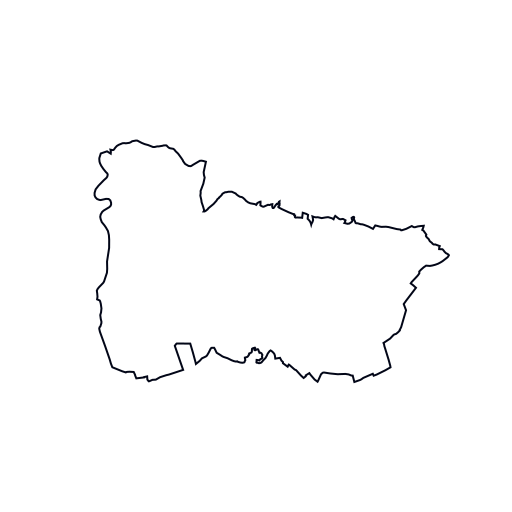 Glodeni, Mures, Romania (orthographic projection), rotated 156°
{"feature_id": "2599482B49122521196915", "entity_name": "Glodeni", "entity_type": "district", "adm_level": 2, "iso_a3": "ROU", "parent_name": "Romania", "parent_adm1": "Mures", "projection": "orthographic", "projection_center": [24.562, 46.667], "detail": "fine", "context": "isolated", "style": "outline", "palette": "ink", "viewbox_px": 512, "rotation_deg": 156, "n_neighbors": 0, "source": "geoboundaries", "source_scale": "gbopen_adm2", "svg_char_len": 6116}
<svg xmlns="http://www.w3.org/2000/svg" viewBox="0 0 512 512"><g transform="rotate(156 256 256)"><path d="M356.1,412.8L359.2,409.3L359.7,408.4L360.6,405.8L360.8,404.0L360.7,401.3L360.0,397.5L359.0,393.7L358.3,392.0L358.3,390.9L358.8,390.0L359.6,389.0L360.9,388.2L364.3,387.1L371.3,384.3L375.4,382.1L377.8,379.3L378.8,377.0L378.8,374.9L378.0,372.7L376.3,371.0L375.2,370.3L369.8,369.2L367.4,368.0L366.5,366.1L366.7,363.7L367.4,362.0L368.4,361.0L370.1,360.3L376.5,359.5L378.5,358.9L381.0,357.1L382.4,355.1L382.9,352.8L383.1,349.7L382.0,345.7L381.5,343.0L381.1,339.0L381.9,334.9L383.5,330.6L386.9,323.1L394.3,311.6L397.2,304.7L399.0,301.3L405.2,294.5L406.5,293.6L412.2,291.3L414.1,290.3L415.5,289.1L416.3,286.3L417.4,283.2L418.8,281.0L416.9,279.0L416.8,278.1L417.2,275.6L418.5,271.0L420.5,267.5L422.3,265.4L423.4,261.7L423.9,258.9L424.6,257.5L426.9,254.9L427.8,254.6L428.5,253.8L428.8,253.3L429.4,250.3L430.5,235.0L431.7,221.1L432.3,216.7L432.5,212.8L425.1,205.1L422.3,202.6L421.9,202.8L420.7,202.5L418.6,201.7L414.9,199.8L414.8,196.6L415.0,196.1L415.1,192.9L407.6,190.6L407.5,190.9L404.4,190.3L405.5,187.3L405.0,185.2L404.4,185.0L401.0,185.0L397.8,183.8L392.9,184.3L386.4,183.6L383.8,183.1L368.9,181.6L366.7,207.0L364.9,208.0L364.0,208.3L351.7,202.7L352.9,193.6L354.4,183.9L354.8,181.8L350.1,183.1L347.0,184.5L342.7,184.6L341.3,185.0L338.5,187.0L335.2,189.7L334.1,190.2L333.5,190.0L331.6,189.2L331.5,188.6L331.4,187.1L331.3,183.6L328.8,180.0L327.7,178.2L326.7,177.0L323.6,174.2L320.7,170.7L318.9,168.9L317.1,167.6L316.1,167.5L315.8,167.2L315.6,166.7L314.9,166.1L313.7,165.1L311.9,164.0L310.3,163.6L309.8,163.7L309.3,164.1L308.8,164.7L308.1,165.2L307.8,166.9L307.5,167.7L305.6,167.4L304.8,167.4L303.7,167.9L303.2,168.4L302.5,168.6L302.0,169.1L301.9,169.7L299.5,169.7L299.0,170.0L298.5,170.6L298.0,171.8L297.3,172.9L296.3,173.0L294.3,172.7L294.2,172.2L294.5,171.7L295.6,171.1L295.6,170.6L295.0,170.2L292.8,170.3L292.2,170.1L292.0,168.9L292.2,167.7L292.2,166.2L291.6,166.2L290.6,165.0L290.4,163.0L291.1,162.2L291.5,161.5L291.6,160.5L292.3,160.0L294.3,159.9L295.4,159.2L296.3,160.0L297.7,160.8L298.9,158.6L298.8,158.3L298.0,157.9L297.4,157.2L296.2,156.6L294.9,156.5L294.2,156.6L291.3,158.0L288.9,158.9L286.6,160.6L285.3,161.8L284.4,162.4L282.2,163.6L281.1,163.8L280.3,162.6L279.5,160.7L279.1,159.2L279.2,157.5L280.1,154.4L275.5,153.2L275.3,150.1L274.5,148.1L275.0,147.1L272.1,142.0L270.3,143.5L269.9,143.1L266.9,136.6L265.8,135.4L263.5,128.4L262.1,125.2L259.4,125.9L259.1,126.7L254.9,127.3L254.6,125.6L252.7,119.3L250.9,116.1L250.2,116.6L244.7,121.5L242.6,122.2L241.9,122.1L241.1,121.8L236.0,118.5L229.5,114.8L222.3,111.9L219.5,110.1L217.5,108.0L216.3,107.4L217.4,100.9L211.4,100.4L209.9,100.5L207.5,101.0L197.2,100.9L197.2,98.8L194.0,98.6L184.3,99.0L178.4,99.6L178.0,101.1L177.1,106.9L175.6,119.4L175.4,121.4L174.9,123.4L174.9,124.7L167.1,126.0L162.6,127.9L161.5,128.1L160.1,127.9L159.5,127.9L157.1,128.6L154.9,129.5L154.9,129.9L152.4,131.9L141.0,145.4L140.6,152.0L136.7,154.3L122.8,161.9L124.3,165.3L125.8,168.0L124.4,168.9L116.3,172.3L115.0,173.0L113.8,173.8L113.2,175.4L110.8,176.4L107.3,177.5L104.5,178.0L101.2,176.2L98.8,175.6L95.8,175.1L92.8,174.9L89.9,175.1L87.7,175.4L81.3,177.0L79.5,178.2L79.5,178.7L80.2,180.0L81.3,181.3L82.0,183.1L82.5,185.2L82.9,186.3L85.9,187.8L85.2,189.2L84.1,190.3L87.6,193.7L88.8,194.1L89.2,194.5L89.8,195.6L89.9,196.3L91.2,198.8L91.4,201.4L92.1,202.9L92.6,204.5L92.6,205.3L91.7,206.2L92.7,211.1L93.5,212.2L91.6,214.0L90.5,215.4L93.4,216.4L96.1,217.2L98.9,217.6L100.2,218.2L101.5,220.0L107.7,219.7L112.4,220.2L113.0,220.5L113.3,221.4L116.4,223.3L123.1,228.5L125.4,229.9L129.6,231.6L131.2,232.7L132.6,233.9L134.6,235.4L138.1,233.2L141.3,237.2L144.6,240.5L146.0,241.7L147.4,242.4L149.8,244.5L151.2,245.2L151.6,245.8L151.5,247.1L151.6,249.2L151.5,250.1L150.6,251.4L150.7,251.9L151.2,252.2L151.7,252.2L153.2,251.9L153.5,250.3L153.4,249.4L153.8,248.8L154.7,248.2L157.6,247.7L159.3,248.2L161.8,250.2L161.3,250.5L159.7,252.2L161.4,254.4L162.0,254.7L163.7,255.1L164.4,255.5L165.2,256.4L167.3,260.4L168.4,259.7L170.2,258.0L171.2,259.5L174.1,262.0L175.0,262.4L177.0,263.0L180.6,263.9L183.8,266.3L185.5,266.9L187.0,267.9L188.3,269.2L189.0,266.3L189.3,265.5L190.7,264.0L192.3,262.8L192.8,262.2L192.6,263.4L192.6,265.6L193.1,267.5L193.7,269.0L191.7,272.4L192.9,274.0L195.7,276.5L198.3,272.1L199.4,272.8L202.8,274.5L204.2,275.0L204.6,275.5L204.6,276.0L203.8,277.1L204.5,277.7L204.6,278.0L204.2,278.7L205.3,279.5L208.5,282.8L213.3,288.3L215.2,290.7L215.7,291.7L215.3,292.3L214.7,292.3L214.0,292.6L213.0,294.5L213.0,295.0L212.3,296.3L213.0,296.2L213.6,295.6L215.1,294.7L215.9,295.2L216.4,294.8L217.2,294.6L219.8,292.9L220.5,292.7L221.2,293.1L221.2,293.6L221.1,294.6L220.0,296.7L221.6,297.1L222.4,297.0L223.2,297.2L224.2,297.9L228.9,297.9L229.8,298.4L230.9,299.7L231.4,300.5L230.1,303.0L229.8,303.8L230.6,304.0L233.3,303.8L233.6,303.6L234.4,302.9L235.0,302.6L235.7,303.7L239.8,306.5L241.3,308.1L242.6,310.3L243.2,312.2L244.1,314.3L245.0,315.6L246.6,316.7L247.5,317.9L248.8,320.2L249.1,321.3L251.9,324.5L255.0,325.9L257.4,326.4L258.0,326.7L258.6,326.8L260.7,326.6L261.4,326.5L262.3,325.8L264.4,324.9L266.1,324.4L266.4,324.0L268.0,323.7L269.6,322.6L273.6,320.8L280.0,319.0L281.3,318.3L283.6,317.7L284.9,317.6L285.7,318.0L285.1,318.4L284.7,319.3L284.2,323.0L283.8,327.3L283.2,329.3L282.3,333.8L280.9,336.1L280.2,337.9L274.7,343.5L271.0,348.5L270.6,351.2L269.7,353.9L263.4,362.5L265.7,364.4L267.1,365.3L268.6,365.8L276.7,364.9L278.4,364.6L279.3,364.7L281.0,365.7L283.0,368.5L283.5,369.4L283.5,370.2L283.8,371.0L283.8,371.6L284.0,372.1L284.0,372.5L283.9,373.0L284.4,376.0L285.5,381.1L286.0,382.4L286.8,384.3L287.3,386.3L287.9,387.5L290.7,389.4L291.4,390.1L292.1,391.4L292.8,393.4L293.7,393.9L295.5,394.6L296.5,394.7L300.4,395.7L301.6,396.3L304.3,396.8L305.8,397.5L309.4,401.2L312.2,403.5L314.4,405.8L317.5,409.7L318.7,410.3L322.4,411.2L324.2,410.9L325.6,410.9L327.1,411.3L329.1,411.9L330.4,412.7L332.1,413.3L336.2,413.4L338.4,413.1L340.5,412.2L342.5,411.0L343.3,410.9L344.0,411.1L345.7,412.3L345.8,411.6L346.3,410.0L347.1,408.6L349.5,412.2L356.1,412.8Z" fill="none" stroke="#020617" stroke-width="2"/></g></svg>